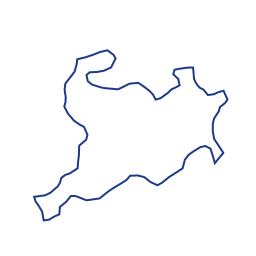 Neo Chorio Lefkosias, Cyprus (Equal Earth projection), rotated 262°
{"feature_id": "46923920B66080060660819", "entity_name": "Neo Chorio Lefkosias", "entity_type": "district", "adm_level": 2, "iso_a3": "CYP", "parent_name": "Cyprus", "parent_adm1": "", "projection": "equal_earth", "projection_center": [33.459, 35.22], "detail": "fine", "context": "isolated", "style": "outline", "palette": "blue", "viewbox_px": 256, "rotation_deg": 262, "n_neighbors": 0, "source": "geoboundaries", "source_scale": "gbopen_adm2", "svg_char_len": 1517}
<svg xmlns="http://www.w3.org/2000/svg" viewBox="0 0 256 256"><g transform="rotate(262 128 128)"><path d="M81.1,209.1L90.1,218.9L97.9,215.3L105.1,211.8L113.0,211.5L120.5,212.6L125.5,214.6L131.6,220.0L135.9,222.0L139.4,227.8L142.3,230.5L151.6,227.8L150.9,222.4L149.5,218.1L149.5,211.8L155.6,208.0L158.1,204.4L162.7,201.7L167.4,200.2L178.8,200.9L179.5,195.5L179.5,186.9L179.2,182.3L174.9,180.3L169.5,184.6L163.1,185.0L161.6,181.1L160.2,176.4L157.3,172.5L153.0,164.4L152.3,159.3L157.7,157.4L162.0,154.2L166.3,150.0L171.3,144.5L171.7,135.6L169.9,130.5L167.7,123.5L170.6,111.0L172.0,106.8L175.9,98.6L179.9,94.7L186.3,94.3L188.5,97.8L187.8,105.2L188.1,112.2L190.3,119.6L198.5,125.4L202.4,123.9L204.7,121.6L207.8,118.4L207.1,110.7L205.3,103.3L203.9,95.5L203.1,87.3L198.5,86.1L191.3,83.0L189.0,80.7L186.0,77.6L180.6,72.1L174.9,70.6L167.0,70.6L162.7,69.8L158.1,67.9L150.5,70.6L142.7,75.6L138.0,80.7L135.2,84.6L126.9,86.9L122.3,85.0L117.3,77.2L108.0,75.6L100.8,73.7L95.1,72.5L91.1,64.0L90.4,59.7L87.9,55.0L83.3,53.1L80.0,50.4L77.5,46.5L74.7,42.2L72.9,36.7L72.9,30.9L72.9,25.5L68.2,26.2L63.6,28.6L57.2,31.3L48.2,31.7L48.2,37.1L50.4,42.2L52.1,48.0L59.3,49.6L63.6,56.6L68.6,62.0L67.9,66.7L62.2,76.8L62.2,83.0L62.2,90.0L65.7,95.9L68.6,100.9L71.1,106.4L73.2,111.4L76.5,118.8L80.4,123.5L79.7,130.9L77.2,137.1L71.5,142.6L67.2,149.2L69.3,154.6L73.6,161.6L75.7,166.3L78.6,172.5L80.4,176.4L88.6,179.9L92.9,184.2L95.8,189.7L99.0,197.1L99.4,202.1L96.1,206.8L87.6,208.3L81.1,209.1Z" fill="none" stroke="#1e3a8a" stroke-width="2"/></g></svg>